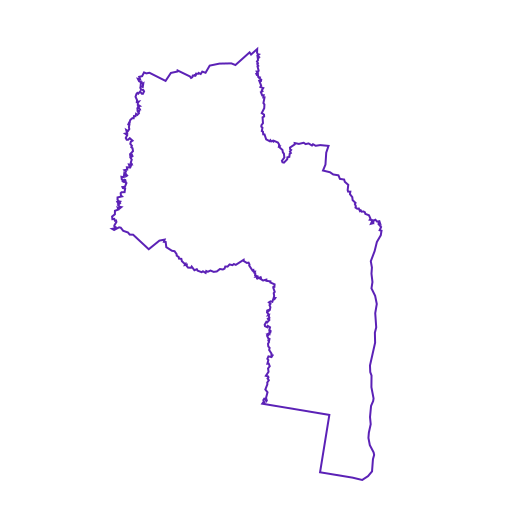 Uruguay, Entre Ríos, Argentina (Equal Earth projection), rotated 9°
{"feature_id": "61730980B11587085710178", "entity_name": "Uruguay", "entity_type": "district", "adm_level": 2, "iso_a3": "ARG", "parent_name": "Argentina", "parent_adm1": "Entre Ríos", "projection": "equal_earth", "projection_center": [-58.63, -32.497], "detail": "fine", "context": "isolated", "style": "outline", "palette": "violet", "viewbox_px": 512, "rotation_deg": 9, "n_neighbors": 0, "source": "geoboundaries", "source_scale": "gbopen_adm2", "svg_char_len": 6096}
<svg xmlns="http://www.w3.org/2000/svg" viewBox="0 0 512 512"><g transform="rotate(9 256 256)"><path d="M376.0,211.4L374.1,211.2L375.0,207.8L372.0,205.3L372.2,203.3L373.2,203.9L372.4,202.3L370.3,203.1L368.2,201.5L366.4,203.0L366.7,205.0L365.8,204.8L365.9,205.6L364.5,206.2L365.5,202.4L362.7,202.4L363.2,201.2L361.2,198.1L357.4,197.3L356.7,195.8L355.2,195.2L353.3,195.7L352.3,194.5L351.6,195.3L350.1,193.0L348.6,193.5L346.7,192.6L346.8,191.1L345.5,189.2L346.0,188.0L342.7,185.7L341.9,182.8L339.1,180.2L339.1,177.7L336.9,178.0L336.2,176.5L336.0,171.3L332.1,168.8L331.1,166.7L326.8,166.7L324.8,163.4L319.5,163.4L316.0,161.7L308.8,161.1L310.3,154.9L309.2,142.9L310.4,135.9L302.1,136.4L297.7,137.8L294.8,136.7L294.0,138.1L290.3,136.6L287.5,137.7L285.4,136.7L280.8,138.6L276.5,138.4L276.8,139.7L272.6,143.6L273.1,145.4L274.1,145.8L273.2,147.6L274.3,148.8L273.3,149.8L273.4,152.9L271.6,153.6L271.7,155.6L269.0,159.4L267.5,159.3L266.7,157.9L268.6,154.3L267.5,150.4L266.4,149.6L265.5,147.1L262.1,144.9L262.3,144.1L261.5,144.4L261.5,142.4L259.9,140.5L256.1,139.5L255.4,140.2L254.8,139.4L253.2,140.4L252.1,139.4L251.6,140.5L247.8,139.2L245.4,134.6L244.1,134.7L243.4,132.1L242.2,131.7L242.3,128.3L241.0,127.4L240.9,126.0L242.1,123.7L240.8,118.0L242.2,116.9L241.8,115.1L239.3,114.0L241.0,108.7L240.6,105.0L239.4,103.8L239.6,98.1L238.4,98.3L238.4,96.0L237.0,96.4L235.2,93.4L236.6,92.2L235.8,91.4L236.9,89.0L233.9,88.4L234.4,86.8L231.9,82.6L233.5,82.4L233.6,81.1L231.6,80.1L231.9,79.0L230.2,78.8L229.4,76.1L228.4,76.9L227.8,76.0L229.1,75.3L227.9,73.7L229.4,73.4L229.6,72.5L227.8,68.4L228.5,67.8L227.2,66.1L227.8,65.3L226.5,63.7L227.4,62.2L226.9,60.9L227.5,60.0L226.7,59.4L227.7,58.9L226.2,57.8L227.3,56.5L226.1,56.4L225.2,54.9L224.8,51.4L219.6,57.8L217.8,55.9L205.8,70.6L201.5,69.6L189.8,71.7L180.5,75.2L177.5,82.9L174.1,82.3L172.9,84.9L170.8,84.2L170.6,85.0L168.3,85.3L168.4,86.4L167.3,86.7L167.6,87.5L165.3,87.7L165.1,89.4L164.0,90.3L162.7,89.0L149.5,85.0L149.5,86.1L143.3,88.5L139.3,97.2L122.1,91.7L119.1,92.8L116.7,92.2L115.4,96.2L112.6,97.3L113.9,99.7L111.6,99.5L113.2,101.7L115.2,102.3L115.3,103.7L116.0,102.4L116.9,103.8L117.7,103.1L117.7,106.8L115.6,106.1L115.4,107.9L116.5,109.7L118.7,109.7L119.7,110.9L118.9,113.5L117.8,113.6L115.8,111.7L114.3,114.1L113.3,113.5L112.6,114.6L112.1,117.6L114.1,120.6L114.2,122.5L116.1,121.8L115.3,123.2L115.6,125.0L117.7,126.0L116.2,126.6L117.5,128.3L116.2,127.9L115.7,128.6L116.5,131.3L118.1,130.5L117.8,132.1L117.0,132.1L118.0,133.4L116.7,135.2L115.3,134.4L115.1,136.8L113.6,136.9L113.6,139.1L112.3,139.2L110.6,141.2L110.1,144.0L111.0,144.8L109.7,144.4L109.3,146.0L110.4,146.2L110.3,148.6L111.0,150.4L110.0,152.6L108.1,151.8L109.5,154.9L107.7,155.6L109.9,156.7L108.9,159.8L110.1,161.4L111.5,161.2L112.9,159.4L116.0,161.4L114.5,162.7L114.3,164.9L116.2,166.6L115.8,168.0L117.2,168.9L118.1,171.7L115.7,175.1L116.2,176.9L117.7,175.6L118.4,176.7L116.6,178.4L118.2,180.3L117.7,183.2L119.0,185.0L116.1,185.4L117.2,187.3L118.4,186.3L117.9,188.3L114.6,188.6L115.3,190.8L112.6,191.8L114.3,193.1L113.5,194.6L116.1,196.7L115.2,197.5L114.8,196.0L113.5,197.0L113.0,196.2L113.1,198.8L110.7,198.8L111.5,201.4L112.7,201.8L112.6,203.1L113.5,203.4L114.1,201.4L115.0,201.4L115.6,202.8L114.6,203.4L116.6,204.3L115.7,208.1L113.3,208.8L113.9,209.7L116.2,209.9L116.2,213.5L113.2,214.1L112.5,215.1L113.1,217.3L114.3,218.1L110.1,219.8L110.4,222.0L111.8,223.4L113.5,223.5L113.2,224.3L110.7,224.4L111.7,225.8L112.9,225.8L111.8,227.2L113.9,228.8L115.3,228.8L113.7,230.6L111.9,230.0L112.7,231.7L109.6,233.4L110.1,236.9L107.7,239.5L108.4,242.1L110.2,241.5L111.1,243.2L112.2,242.8L112.8,244.2L111.3,248.0L111.5,249.0L112.8,249.5L112.1,250.8L109.7,251.7L111.8,252.5L116.3,249.1L118.0,249.2L120.9,251.9L125.9,252.8L127.9,254.6L131.3,254.2L149.0,266.1L158.2,255.9L163.2,254.1L162.8,256.4L164.6,256.3L166.0,261.3L172.2,264.0L174.8,264.0L177.3,266.6L177.6,268.0L179.9,269.2L180.3,270.6L182.7,270.5L183.6,272.7L186.5,274.7L187.5,274.5L187.1,276.1L189.0,275.4L189.1,276.7L190.7,278.1L193.6,277.8L194.1,276.5L197.4,279.7L199.6,278.3L200.6,279.6L204.9,280.5L206.0,279.4L208.9,280.6L209.2,278.6L210.9,279.1L213.3,277.5L216.7,278.3L219.7,277.4L222.4,274.5L225.4,274.5L226.9,273.4L227.3,271.2L229.6,270.9L231.2,268.5L234.2,268.7L235.4,267.4L237.4,267.9L244.4,261.7L244.7,262.9L248.1,264.3L249.7,263.7L250.9,265.4L250.8,266.5L254.8,270.9L255.6,270.3L256.0,271.6L257.4,271.5L257.0,272.8L258.0,273.2L258.1,275.1L259.5,275.5L258.9,276.5L260.1,276.3L260.3,277.2L261.0,276.6L261.2,277.9L263.9,276.2L264.3,276.9L263.5,277.7L266.8,279.1L269.9,277.7L270.1,278.9L274.2,278.8L274.3,279.9L278.8,281.1L279.0,283.6L278.0,283.8L278.0,284.6L280.1,288.5L279.3,289.9L280.2,292.6L280.0,294.6L281.6,294.5L280.9,295.9L279.7,296.2L279.3,298.7L277.5,298.5L276.0,299.8L277.8,301.0L277.0,302.4L278.2,304.3L278.1,307.1L277.1,308.3L276.5,307.5L275.6,308.1L275.7,310.0L277.6,311.6L277.2,312.5L278.1,312.1L278.0,313.4L278.9,314.9L277.5,316.1L278.1,316.8L278.7,316.1L279.2,317.1L277.4,319.9L276.5,319.4L275.3,322.5L275.9,323.9L278.3,324.6L278.6,323.2L281.0,324.2L280.7,327.0L282.2,327.8L282.1,329.0L281.2,328.6L281.5,329.9L280.4,330.7L281.1,331.3L279.4,331.7L280.2,332.6L279.5,333.2L281.1,335.5L282.3,335.8L282.2,337.4L281.5,337.6L282.3,338.9L281.6,340.8L282.3,343.4L283.8,344.6L283.7,346.8L286.6,350.0L286.7,351.3L287.9,351.5L287.1,353.4L284.0,353.2L283.3,355.8L284.5,356.9L284.1,360.6L285.4,360.3L286.8,362.7L285.5,365.2L286.5,368.4L284.5,372.8L286.9,373.1L287.3,374.1L286.6,375.2L288.1,376.7L286.9,379.2L287.3,380.9L286.1,386.4L288.7,388.8L288.1,394.6L289.3,397.1L288.9,397.8L287.7,395.9L286.5,395.6L285.8,397.2L286.9,399.1L286.2,399.1L285.3,400.9L353.3,401.5L353.1,459.6L386.0,459.8L395.9,460.6L401.1,455.9L404.3,450.6L403.3,438.4L403.8,434.0L402.9,431.6L398.0,425.0L395.5,418.1L395.1,412.8L395.6,404.2L393.8,397.2L393.1,386.0L394.4,381.0L394.4,378.3L390.5,367.5L388.8,356.0L387.0,352.8L385.7,346.3L387.2,323.0L385.4,313.1L385.9,307.7L382.7,293.8L382.8,284.5L379.9,276.7L375.1,269.9L375.1,263.5L372.8,255.4L372.3,249.3L370.2,243.2L372.4,232.6L373.2,223.2L376.0,216.0L376.0,211.4Z" fill="none" stroke="#5b21b6" stroke-width="2"/></g></svg>